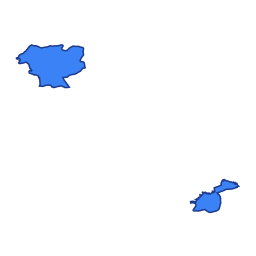 outline of Zoquiapan, Puebla, Mexico, rotated 85°
{"feature_id": "50627088B37911705580944", "entity_name": "Zoquiapan", "entity_type": "district", "adm_level": 2, "iso_a3": "MEX", "parent_name": "Mexico", "parent_adm1": "Puebla", "projection": "equal_earth", "projection_center": [-97.554, 20.058], "detail": "fine", "context": "isolated", "style": "filled", "palette": "blue", "viewbox_px": 256, "rotation_deg": 85, "n_neighbors": 0, "source": "geoboundaries", "source_scale": "gbopen_adm2", "svg_char_len": 5396}
<svg xmlns="http://www.w3.org/2000/svg" viewBox="0 0 256 256"><g transform="rotate(85 128 128)"><path d="M41.8,174.8L41.7,175.3L41.7,175.8L41.9,176.5L42.2,176.9L42.6,178.3L43.0,178.9L43.5,179.6L44.3,180.6L45.1,181.7L45.4,182.5L45.6,182.9L45.6,183.4L45.3,184.4L44.9,185.8L44.6,186.2L43.8,187.0L43.5,187.1L43.0,187.0L42.7,187.0L42.4,186.9L41.8,186.3L41.1,185.8L40.8,185.6L40.3,185.5L40.0,185.6L39.7,186.0L39.4,186.6L39.4,187.5L39.6,188.3L39.9,189.4L39.9,190.3L39.9,190.9L40.0,191.8L39.8,193.7L39.9,195.6L39.9,196.4L39.4,197.9L39.4,198.7L39.5,199.3L39.8,200.0L40.1,200.9L40.3,202.7L40.3,203.6L40.3,204.6L40.5,205.7L40.7,206.6L40.7,207.2L40.2,208.5L39.5,209.6L39.0,210.5L38.5,211.5L38.0,212.5L37.9,213.4L37.9,214.1L37.8,214.9L37.3,216.0L36.8,216.7L37.1,217.1L37.5,217.9L37.6,218.3L37.9,218.7L38.0,218.8L38.1,219.1L38.6,219.5L38.7,219.4L38.8,219.6L39.0,219.7L39.1,220.0L39.6,220.5L39.9,220.7L40.0,220.9L40.3,220.9L40.6,221.1L40.7,221.4L41.1,221.9L41.5,222.4L41.8,222.5L42.3,223.0L42.5,223.2L42.7,223.4L42.8,223.7L42.9,223.9L42.9,224.1L43.1,224.5L43.3,224.7L43.9,225.1L44.1,225.3L44.4,225.8L44.6,226.0L44.7,226.7L44.9,227.2L45.0,227.7L45.0,228.0L45.5,228.8L45.5,229.1L45.6,229.4L46.1,229.9L46.7,230.5L47.1,230.7L47.4,230.8L47.6,230.7L47.9,230.8L48.2,231.1L48.4,231.5L48.5,231.9L48.4,232.7L48.6,233.1L49.3,233.0L49.4,232.8L49.6,232.4L49.8,232.1L49.7,231.2L49.6,230.8L49.5,230.5L49.5,230.2L49.8,229.9L50.1,229.7L50.8,229.4L50.9,229.5L51.4,230.1L51.5,230.3L51.7,230.1L51.8,229.8L52.0,229.9L52.0,230.0L52.5,230.3L52.7,230.6L53.0,230.7L53.3,231.1L53.7,231.2L54.0,231.1L54.2,230.6L54.4,230.0L54.3,228.6L54.3,227.6L54.0,226.2L53.8,225.3L53.6,224.2L53.6,223.9L53.8,223.5L54.0,223.1L54.4,222.9L54.7,222.5L54.9,222.3L55.1,222.0L55.2,221.8L55.4,221.7L55.7,221.6L56.3,221.3L56.5,221.0L57.0,221.1L57.5,221.0L58.8,220.7L59.4,220.6L59.8,220.5L60.2,220.4L60.5,220.1L60.8,219.7L61.1,219.5L61.3,219.4L61.7,219.3L61.8,219.3L61.9,219.1L62.1,218.9L62.3,218.8L62.6,219.1L62.8,219.4L62.7,219.5L62.3,219.6L62.2,219.7L62.1,220.0L62.2,220.8L62.3,221.1L62.8,221.4L62.9,221.6L63.2,221.7L63.4,221.6L63.7,221.5L64.1,221.6L64.4,221.6L64.7,221.4L64.9,221.0L65.1,220.7L65.6,219.3L66.1,218.3L66.4,217.8L67.0,216.8L67.1,216.4L67.1,216.0L66.9,215.8L66.8,215.6L67.0,215.2L67.1,214.8L67.1,214.5L67.5,214.0L68.0,213.6L68.1,213.3L68.5,212.7L68.8,212.7L69.1,212.6L69.5,212.6L69.8,212.6L69.9,212.1L70.0,211.8L70.2,211.7L70.9,211.7L71.0,211.9L71.2,212.1L71.6,211.9L72.6,211.7L74.4,211.7L75.7,211.8L76.7,211.7L77.0,211.9L77.6,212.0L78.0,212.3L78.5,212.6L78.7,211.7L78.8,210.9L79.1,209.2L79.1,208.6L78.5,206.7L78.3,205.8L78.3,205.0L78.4,203.3L78.5,202.3L78.8,201.2L79.5,200.7L80.0,200.6L80.3,200.5L80.4,200.1L80.5,199.7L80.5,199.4L80.9,199.3L81.1,199.0L81.2,198.4L81.2,198.0L80.8,195.6L80.6,194.9L80.4,193.3L80.5,193.0L80.5,192.6L80.3,192.1L80.3,191.0L80.3,190.7L80.5,190.3L80.8,189.9L81.0,189.6L81.1,189.4L81.3,188.7L81.5,188.4L81.6,188.1L81.8,187.8L82.0,187.6L82.2,187.2L82.3,185.9L82.3,185.3L82.4,185.0L82.4,184.5L82.2,183.4L82.2,182.9L77.2,185.9L74.9,187.4L72.0,188.4L72.0,183.8L70.7,182.2L70.3,181.3L69.9,179.0L69.8,178.1L69.9,177.4L69.5,175.8L69.1,174.2L68.4,173.3L67.6,171.3L66.9,170.0L66.1,169.3L64.7,168.2L64.5,167.6L64.5,166.6L64.3,165.4L63.6,165.5L63.0,165.7L62.0,165.7L61.4,165.7L60.8,165.8L60.0,165.9L59.3,166.0L58.5,166.5L58.1,167.0L57.9,167.9L57.8,168.8L57.5,169.7L56.9,169.8L55.9,169.5L54.8,168.8L53.9,168.2L53.2,167.7L52.2,166.6L51.7,166.2L51.2,165.9L50.4,165.9L49.0,166.2L48.4,166.0L47.7,166.0L45.7,165.5L45.0,165.4L44.5,165.5L44.2,165.8L43.8,166.4L43.1,168.6L42.9,169.2L42.5,169.7L42.4,170.1L42.3,170.9L42.2,171.8L42.2,172.7L41.8,174.8ZM204.7,65.7L204.8,64.8L205.1,65.0L205.4,65.3L205.3,66.5L205.8,65.9L206.7,66.5L207.1,66.7L207.7,67.0L207.1,67.9L206.6,70.0L206.6,71.0L206.8,72.1L207.5,72.1L208.3,71.9L208.0,71.4L208.1,70.3L208.6,68.6L209.0,67.7L209.3,67.3L209.8,67.3L210.6,67.0L211.0,67.0L211.5,67.2L212.0,67.6L212.8,68.2L214.9,69.9L215.6,70.3L216.1,70.1L216.3,69.5L216.4,68.7L216.8,65.0L216.2,60.5L215.8,58.8L218.0,56.2L218.4,55.4L218.9,54.8L219.2,53.8L219.2,52.3L218.8,50.2L218.4,47.6L218.2,46.8L217.9,46.0L217.3,45.1L216.5,44.3L215.4,43.8L212.0,42.7L210.8,42.1L207.8,42.2L207.2,42.0L206.5,41.9L203.9,42.3L203.5,42.8L203.1,42.7L202.7,43.0L202.2,43.4L202.0,43.8L201.7,44.2L201.1,44.1L200.5,44.7L200.5,44.3L200.1,43.1L199.7,41.9L198.3,36.8L198.1,36.7L197.9,36.4L197.6,35.6L197.7,34.9L197.7,34.2L197.8,31.6L197.8,29.6L197.1,26.5L196.6,24.4L195.8,24.4L195.7,22.9L194.9,23.6L194.0,24.1L193.1,24.4L193.2,25.8L193.2,26.4L192.6,26.6L192.3,25.2L192.0,25.8L191.6,26.0L191.8,27.3L191.5,27.5L191.2,27.6L191.5,28.6L190.7,29.6L190.9,31.0L190.5,31.2L189.4,33.3L189.3,34.6L189.0,34.8L187.7,36.7L188.3,37.9L188.7,37.1L189.0,37.7L188.1,38.1L188.6,38.6L188.7,38.8L190.7,39.9L192.5,40.2L192.9,40.0L193.0,40.0L193.4,41.3L193.8,42.5L194.2,43.7L194.5,45.0L194.8,46.2L195.2,47.4L198.2,47.0L199.0,47.1L199.6,48.2L198.5,48.3L198.4,49.5L200.0,49.3L200.0,50.4L200.6,51.8L200.8,51.8L201.0,52.9L200.5,53.1L199.9,53.1L200.3,54.2L199.9,54.3L200.1,55.5L199.6,55.5L199.7,56.3L198.8,56.4L198.9,56.8L198.9,57.3L199.2,57.9L198.5,58.8L198.4,59.4L198.5,59.5L199.9,59.0L200.4,59.2L201.1,59.5L201.0,60.1L201.0,60.5L201.5,61.5L201.4,61.6L200.7,62.1L200.9,62.3L201.4,62.1L202.3,61.3L203.0,62.2L202.9,62.7L203.0,62.8L203.3,63.3L203.5,64.0L204.4,63.7L204.6,63.7L204.8,63.8L204.8,64.2L204.6,65.6L204.7,65.7Z" fill="#3b82f6" stroke="#1e3a8a" stroke-width="1.5"/></g></svg>